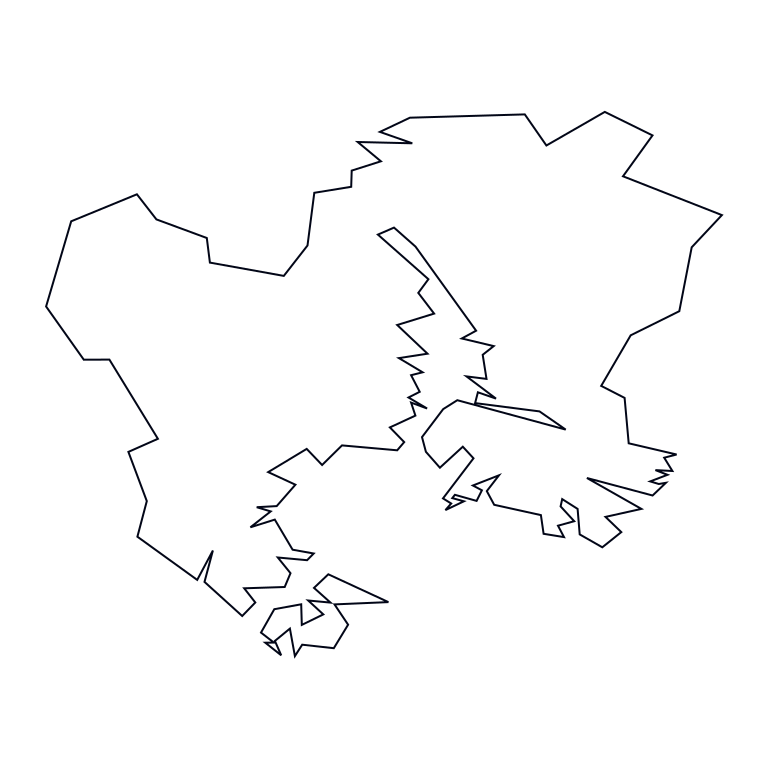 outline of Kristiansand nor, Vest-Agder, Norway
{"feature_id": "86288312B34972554267052", "entity_name": "Kristiansand nor", "entity_type": "district", "adm_level": 2, "iso_a3": "NOR", "parent_name": "Norway", "parent_adm1": "Vest-Agder", "projection": "robinson", "projection_center": [8.031, 58.172], "detail": "medium", "context": "isolated", "style": "outline", "palette": "ink", "viewbox_px": 768, "rotation_deg": 0, "n_neighbors": 0, "source": "geoboundaries", "source_scale": "gbopen_adm2", "svg_char_len": 1925}
<svg xmlns="http://www.w3.org/2000/svg" viewBox="0 0 768 768"><path d="M721.9,215.1L623.0,176.3L652.5,135.4L604.8,111.9L546.4,145.5L524.8,114.4L409.9,117.7L379.9,131.9L412.3,143.3L357.7,142.0L380.9,161.3L351.7,170.6L351.2,186.8L314.3,192.8L307.5,245.5L283.8,275.9L209.9,262.6L206.8,238.0L156.4,219.4L136.9,194.3L71.2,221.3L46.1,306.5L83.8,359.7L109.4,359.6L157.9,438.8L128.4,451.9L146.8,501.1L137.4,536.7L197.2,579.9L212.9,550.5L204.5,581.9L242.2,616.0L255.3,602.5L244.2,588.3L284.7,587.0L290.5,573.2L277.8,557.5L307.1,560.2L313.7,553.5L292.6,549.7L274.8,519.6L250.4,527.3L270.7,511.4L256.7,507.2L276.7,506.1L295.4,484.7L268.2,472.1L306.7,448.9L322.1,465.0L342.0,445.4L397.2,450.3L404.2,442.1L389.9,427.4L415.4,415.6L411.1,402.6L427.1,408.5L408.5,397.5L419.7,391.8L411.1,375.2L422.6,372.3L398.9,358.1L427.5,353.7L397.2,325.0L434.1,313.6L418.3,292.9L428.4,279.2L377.9,234.6L394.0,227.6L415.5,246.6L476.1,330.7L461.8,338.5L493.7,346.1L482.7,354.8L486.5,378.9L466.5,376.4L496.0,398.6L477.9,392.3L475.1,403.1L539.5,411.4L565.7,429.6L457.3,400.2L443.2,409.1L422.0,437.1L425.9,451.8L439.9,467.7L462.8,446.7L473.5,458.3L443.0,498.4L451.2,503.5L445.4,510.1L463.9,501.3L452.3,498.1L454.9,494.8L476.6,500.9L481.9,490.3L472.9,485.5L499.0,475.3L486.8,491.1L494.2,504.8L540.9,515.1L543.6,533.8L564.0,537.1L558.0,525.7L574.2,521.2L560.6,506.4L562.2,499.1L577.6,508.9L579.7,534.4L602.3,547.3L621.3,532.1L605.5,516.9L641.4,508.9L586.9,478.0L652.6,495.5L665.9,482.8L658.8,484.0L650.2,481.4L667.5,474.8L655.4,470.1L672.4,471.0L664.2,457.7L676.6,454.5L628.7,443.3L624.6,397.9L601.2,385.9L630.7,335.3L679.3,311.2L691.7,247.3L721.9,215.1ZM328.3,574.3L314.0,587.9L330.5,602.6L308.2,600.5L323.3,614.4L301.8,624.9L301.2,604.3L274.3,609.2L261.0,632.6L273.9,642.6L265.3,642.7L281.2,655.3L274.9,640.9L289.9,628.6L294.9,656.1L302.2,644.7L333.8,648.2L348.1,624.7L334.5,604.4L388.4,602.1L328.3,574.3Z" fill="none" stroke="#020617" stroke-width="2"/></svg>